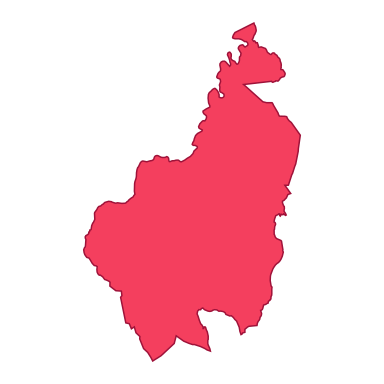 outline of Santiago Camotlán, Oaxaca, Mexico
{"feature_id": "50627088B23494888304599", "entity_name": "Santiago Camotlán", "entity_type": "district", "adm_level": 2, "iso_a3": "MEX", "parent_name": "Mexico", "parent_adm1": "Oaxaca", "projection": "equal_earth", "projection_center": [-96.155, 17.545], "detail": "fine", "context": "isolated", "style": "filled", "palette": "rose", "viewbox_px": 384, "rotation_deg": 0, "n_neighbors": 0, "source": "geoboundaries", "source_scale": "gbopen_adm2", "svg_char_len": 5931}
<svg xmlns="http://www.w3.org/2000/svg" viewBox="0 0 384 384"><path d="M244.9,332.3L244.9,329.3L247.6,327.0L248.9,326.3L257.0,325.5L257.3,323.4L258.1,321.5L259.1,320.3L259.7,319.3L260.1,317.2L260.8,316.4L261.4,315.1L261.6,313.4L260.6,310.4L261.4,310.2L262.3,309.5L262.8,308.3L263.6,305.0L265.7,304.4L267.0,303.5L268.2,303.0L268.2,302.1L268.5,301.2L270.0,300.3L270.0,299.6L270.9,299.0L271.0,296.7L271.7,295.2L271.8,293.8L271.8,289.0L272.0,287.1L271.3,286.3L271.0,285.4L270.2,280.5L270.4,276.4L270.7,274.7L272.8,269.1L273.7,267.5L275.4,265.0L277.1,263.4L278.5,262.5L280.0,260.8L281.1,259.0L282.3,256.2L283.3,252.1L282.7,250.6L282.9,249.7L281.5,241.1L280.8,240.4L276.6,238.6L275.6,237.5L275.0,236.5L274.7,235.2L274.2,234.4L274.1,230.0L274.5,229.3L274.7,226.6L275.5,224.6L275.6,224.0L275.3,222.9L274.7,222.2L274.1,222.0L274.2,220.8L274.7,218.7L275.8,215.6L277.8,214.7L278.9,213.8L279.7,213.9L279.7,215.6L280.3,216.1L281.1,214.7L281.5,214.3L282.1,214.7L283.1,214.6L283.5,213.9L285.5,215.4L286.2,215.0L285.5,213.4L284.1,211.3L284.1,209.9L284.4,208.5L284.3,206.6L283.8,206.1L282.9,204.1L282.4,202.2L282.5,201.2L284.3,200.1L285.3,198.9L286.3,198.0L287.9,194.5L290.7,193.5L284.9,185.3L288.4,185.2L291.8,174.7L292.5,173.5L294.7,166.5L295.7,164.0L298.2,151.4L298.4,148.4L300.3,135.2L291.3,122.5L289.1,120.7L288.0,119.3L287.3,118.3L286.9,117.0L286.4,116.6L284.8,116.3L279.9,116.2L279.3,116.0L278.4,114.3L278.1,113.1L273.4,105.1L273.2,104.5L272.3,102.9L271.9,102.7L266.7,102.7L262.9,101.8L243.6,84.5L271.6,81.3L272.2,82.1L272.9,82.3L274.1,81.7L275.3,81.4L275.8,80.8L278.0,81.1L279.4,79.7L280.3,78.1L282.3,77.0L283.8,76.7L284.5,76.0L285.1,74.2L285.1,73.4L284.6,72.2L283.9,71.4L283.5,70.5L282.7,69.7L280.9,69.5L280.9,68.4L281.2,67.6L281.1,66.9L281.3,65.0L281.0,63.1L280.2,61.0L280.0,59.6L279.4,58.4L277.8,57.0L276.9,55.3L275.0,54.1L274.6,53.3L274.2,53.0L273.0,52.9L272.3,53.2L271.1,54.5L270.3,54.4L267.8,52.6L267.2,51.9L266.5,50.1L265.5,48.5L261.2,46.9L258.7,47.4L258.3,46.8L258.4,45.8L257.3,42.7L256.8,42.6L255.8,42.8L255.1,41.4L254.6,40.9L253.6,41.3L252.3,39.5L253.2,37.9L253.7,36.2L254.3,34.9L254.8,34.4L255.5,32.7L256.1,31.2L256.2,30.2L255.6,27.0L255.1,25.7L254.5,24.9L253.9,23.0L235.0,32.5L233.5,34.8L232.9,36.4L232.6,37.4L232.9,38.1L233.6,38.4L235.1,38.8L238.9,38.8L241.2,39.4L242.7,40.2L244.7,41.6L246.4,41.6L247.6,42.9L247.9,43.8L247.9,44.7L247.6,45.4L245.3,46.9L244.6,46.8L242.9,44.9L242.3,44.8L240.1,45.4L238.9,46.6L238.4,47.6L238.3,48.2L238.4,48.9L241.0,53.2L240.6,55.8L239.5,57.1L239.4,60.6L239.2,61.4L238.4,63.2L237.7,64.1L236.9,64.2L235.8,63.0L234.8,61.4L232.5,60.4L231.3,59.2L231.0,58.3L231.0,57.4L231.2,56.7L231.3,54.8L231.1,53.8L230.0,52.3L229.5,52.1L229.1,52.2L227.9,53.0L227.5,54.3L227.5,54.9L228.9,58.0L229.7,60.5L230.0,62.3L230.5,63.2L230.6,65.0L229.7,66.3L225.8,62.0L224.6,61.2L222.9,61.2L221.3,61.9L220.0,63.7L219.9,65.2L220.6,68.7L220.6,70.1L220.3,71.2L218.9,72.3L217.9,73.7L216.8,76.6L216.9,77.5L217.5,78.1L219.7,78.9L220.3,79.5L220.6,81.7L219.4,85.0L219.9,87.1L219.7,89.6L220.0,91.6L220.5,92.1L221.6,92.5L223.8,94.0L224.1,95.2L224.0,96.4L223.6,97.0L222.8,97.6L221.8,97.9L220.2,97.7L219.1,97.0L219.1,94.7L218.2,92.1L217.1,90.3L215.3,88.5L214.4,88.4L212.5,89.5L211.0,91.2L209.4,92.5L209.0,93.2L208.4,94.5L208.1,98.1L208.6,102.9L209.9,106.0L209.8,107.1L206.1,109.0L203.0,111.1L203.1,112.4L203.9,113.8L206.3,115.7L206.5,116.6L206.5,117.6L206.1,119.0L204.8,120.9L203.1,120.7L202.2,121.3L199.9,123.7L198.6,126.6L198.8,127.5L199.2,128.3L202.3,130.0L202.2,130.7L201.6,131.3L197.5,133.5L195.6,135.5L194.4,138.5L193.8,140.9L192.9,142.4L192.3,144.0L192.2,144.4L192.6,144.9L193.5,145.4L195.1,145.4L197.1,146.4L197.4,147.0L197.2,148.0L194.0,151.0L193.0,153.6L190.3,156.5L187.5,158.1L184.6,160.2L181.6,161.7L180.9,161.8L180.1,161.5L178.5,160.2L177.2,160.1L175.9,160.2L174.2,160.7L172.1,160.8L170.1,161.6L169.4,161.6L168.9,160.8L168.6,158.2L167.9,157.2L167.5,156.9L166.7,156.6L165.2,157.4L162.7,157.5L160.9,157.2L158.3,155.8L157.0,155.5L155.5,155.9L154.9,156.4L154.4,157.1L153.8,159.1L153.1,159.9L152.1,160.5L149.9,160.9L146.8,161.8L142.8,161.0L141.7,161.4L140.5,162.5L138.4,166.9L137.7,167.6L137.0,169.7L136.5,172.7L136.4,176.2L136.1,178.2L134.9,181.9L134.6,183.7L134.4,191.2L134.9,194.3L133.8,195.6L133.1,196.9L130.6,198.5L128.6,200.2L128.4,200.8L126.8,201.9L126.1,202.7L125.3,203.2L121.9,203.4L117.6,202.8L115.5,203.2L112.0,202.1L111.5,201.7L108.7,201.3L104.9,202.4L104.1,203.1L103.3,204.1L102.4,204.4L100.9,205.8L100.1,206.2L99.2,206.3L98.6,206.7L97.6,207.9L97.0,209.3L94.7,212.5L94.5,213.5L94.8,219.4L93.3,222.6L92.8,223.0L91.7,225.6L91.1,229.5L90.3,230.1L89.8,230.1L89.7,231.2L89.3,232.0L88.8,232.1L88.7,233.5L88.0,234.4L85.8,235.7L85.6,236.4L85.2,236.8L85.3,238.1L85.9,239.5L85.5,245.2L85.3,246.7L84.4,247.9L83.7,249.8L84.1,252.6L84.8,254.6L85.8,256.1L86.8,257.4L88.9,258.0L90.0,259.5L92.2,263.3L94.2,265.5L96.2,265.9L97.2,266.6L96.9,269.5L97.1,272.0L97.8,273.6L98.6,274.7L99.4,275.2L100.3,275.1L102.7,276.8L104.7,279.5L106.3,280.0L108.9,281.2L110.0,282.2L109.9,286.1L115.8,290.7L121.3,291.1L121.4,291.3L121.9,295.7L120.6,297.3L125.8,322.9L129.3,323.7L131.4,328.8L134.3,326.9L136.0,332.8L139.9,336.5L139.7,338.9L143.6,348.6L147.7,352.4L150.9,357.5L152.7,361.0L161.1,355.7L174.2,343.5L176.2,335.8L183.8,341.2L189.1,343.4L192.7,344.6L194.3,344.5L200.5,346.5L204.8,348.5L207.0,349.9L210.4,351.1L209.8,348.6L208.2,345.0L207.8,343.7L207.8,340.3L208.2,339.4L208.2,336.1L207.3,331.9L206.3,329.8L205.6,327.4L205.3,327.0L204.3,326.9L203.6,328.5L203.1,328.5L203.2,327.3L201.7,324.7L200.7,323.8L199.3,320.2L198.1,316.3L197.1,313.9L197.6,311.2L198.9,309.6L199.8,309.8L200.7,309.7L201.3,308.6L202.8,308.0L204.5,309.7L208.0,311.1L209.9,311.4L211.8,311.0L212.7,310.3L214.4,309.7L216.8,309.9L218.8,311.2L220.8,311.1L223.3,311.6L225.0,312.6L225.9,314.4L229.8,316.0L231.3,315.7L233.4,317.5L234.8,319.4L236.6,321.1L239.2,327.2L239.9,331.3L241.0,334.6L242.0,334.1L242.6,333.0L244.9,332.3Z" fill="#f43f5e" stroke="#9f1239" stroke-width="1.5"/></svg>